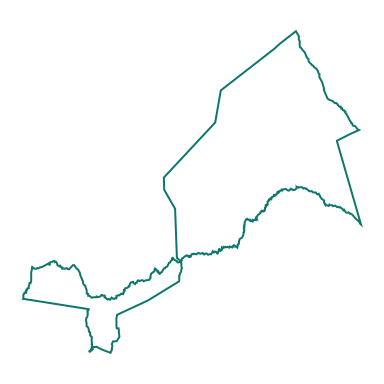 Isiolo North, Eastern, Kenya
{"feature_id": "3690345B29935700450408", "entity_name": "Isiolo North", "entity_type": "district", "adm_level": 2, "iso_a3": "KEN", "parent_name": "Kenya", "parent_adm1": "Eastern", "projection": "equal_earth", "projection_center": [38.187, 1.182], "detail": "fine", "context": "isolated", "style": "outline", "palette": "teal", "viewbox_px": 384, "rotation_deg": 0, "n_neighbors": 0, "source": "geoboundaries", "source_scale": "gbopen_adm2", "svg_char_len": 5986}
<svg xmlns="http://www.w3.org/2000/svg" viewBox="0 0 384 384"><path d="M295.9,31.2L279.5,44.0L274.3,48.8L220.8,90.4L215.2,122.5L163.8,177.6L164.2,189.8L175.1,208.8L176.9,257.9L181.3,261.7L181.8,260.5L181.7,259.5L182.1,258.3L183.2,258.2L184.5,256.5L186.0,256.0L186.4,255.4L188.1,255.8L188.3,256.4L189.1,256.1L189.0,256.9L189.4,257.2L190.6,256.8L191.7,254.3L192.8,253.9L193.6,254.2L194.1,253.7L196.3,254.4L198.3,252.9L200.2,253.8L202.7,253.0L203.4,254.2L204.4,254.5L205.4,253.4L207.0,253.7L208.1,254.7L210.3,254.1L211.1,254.3L212.9,251.2L214.0,252.5L215.1,251.5L215.9,251.8L217.3,253.6L217.9,253.2L219.0,249.2L219.7,249.1L220.4,250.9L221.8,250.0L222.1,248.9L222.0,247.4L223.0,248.0L223.9,246.8L224.7,247.5L225.8,246.9L226.8,247.3L227.7,246.8L229.2,247.6L229.8,246.5L232.4,247.5L232.8,247.0L232.5,246.4L233.9,245.2L235.0,245.8L235.3,246.7L235.9,246.4L237.3,247.6L237.8,245.6L237.7,244.5L238.6,244.1L239.0,243.1L239.0,241.3L239.8,238.9L241.9,237.8L243.5,234.6L243.5,232.4L244.1,232.0L243.9,231.0L244.4,230.3L243.8,228.8L244.4,228.0L243.8,226.9L244.5,226.0L244.1,225.2L244.7,224.4L244.6,222.5L246.0,219.5L246.7,219.6L247.2,218.9L248.2,219.7L249.5,219.6L249.6,220.3L250.2,220.0L250.7,221.1L251.6,220.7L252.1,221.2L252.6,220.3L253.0,221.0L253.5,220.1L255.0,220.2L255.4,219.2L255.9,219.6L256.0,218.4L256.7,218.9L256.2,217.4L256.8,217.1L256.8,216.4L257.7,215.7L258.0,214.9L260.3,213.3L260.3,212.3L261.2,211.7L261.4,211.1L261.8,211.5L262.2,210.9L263.1,210.6L263.6,211.4L264.4,211.1L265.0,209.8L265.0,207.6L265.6,207.3L266.0,206.6L265.6,205.2L266.5,204.6L267.1,205.3L267.4,205.1L267.7,204.5L267.6,201.8L267.9,201.7L268.4,200.6L269.2,200.5L269.0,199.7L269.3,199.1L270.2,199.1L270.4,198.4L271.1,197.9L271.5,198.6L272.1,196.9L273.8,196.3L273.9,195.5L274.5,195.8L274.6,194.9L275.7,195.0L276.3,194.1L276.7,194.2L277.3,192.6L277.8,192.6L277.7,191.9L278.6,191.5L278.8,192.4L280.2,190.7L281.4,190.5L281.6,189.7L282.3,190.2L282.5,188.8L282.8,189.6L285.7,188.9L288.0,190.5L289.0,190.6L289.8,190.0L291.2,188.0L291.1,188.5L292.0,189.5L292.5,189.5L293.2,190.2L295.4,189.6L296.6,188.1L296.6,187.5L296.8,187.8L297.9,186.9L298.8,187.6L300.8,187.1L302.2,187.4L303.5,188.6L304.5,188.1L306.1,188.5L306.3,189.1L307.1,189.3L309.5,191.3L311.8,191.2L313.2,192.4L315.9,192.5L316.7,194.0L318.0,194.2L318.7,193.9L318.7,194.7L319.6,195.1L320.2,196.8L321.8,199.0L323.8,200.2L324.2,201.0L323.8,202.1L325.3,204.9L325.6,204.5L326.2,205.5L327.7,205.4L328.5,205.8L329.2,204.9L329.4,205.4L329.9,205.1L332.3,205.3L333.1,206.2L335.2,205.6L337.1,207.1L337.9,206.9L339.6,207.5L340.1,207.2L342.8,209.3L343.4,210.4L344.1,209.8L346.0,212.5L347.3,212.8L348.6,212.5L349.3,212.9L349.7,213.7L350.5,213.6L352.0,214.4L356.0,219.0L359.0,221.4L360.0,223.6L361.0,224.5L336.9,141.1L337.0,140.7L349.2,134.5L359.0,130.0L357.9,129.5L354.8,125.9L353.4,125.9L352.6,125.1L352.2,123.4L351.2,123.2L350.9,121.8L349.9,120.8L346.5,114.1L345.8,113.7L345.4,111.6L344.7,111.8L344.0,110.3L342.7,110.0L342.0,108.2L341.2,108.5L340.8,106.7L339.7,106.8L337.8,105.2L337.7,104.5L336.2,103.0L334.9,103.2L332.9,101.2L328.7,99.5L327.4,98.3L323.9,90.0L324.0,88.9L323.2,85.6L321.8,81.5L319.3,77.0L319.5,74.3L318.8,73.8L317.7,70.7L316.2,68.5L314.3,67.4L313.1,65.6L312.1,65.3L311.4,64.1L310.4,63.5L308.7,61.4L308.4,59.0L306.9,57.7L304.8,52.4L302.6,50.1L301.3,48.0L300.0,47.3L299.5,43.8L299.9,41.7L298.8,39.5L298.9,36.3L295.9,31.2ZM113.0,341.4L116.5,341.3L119.4,337.0L118.6,328.4L116.8,328.4L116.5,326.9L116.4,318.5L117.1,314.8L148.2,300.3L179.0,281.4L179.3,280.3L179.2,275.7L179.5,275.6L179.9,273.6L181.1,271.7L181.3,269.8L181.9,268.3L181.3,265.6L181.5,263.9L181.0,262.9L181.3,261.7L177.8,262.5L176.9,261.7L176.7,260.9L174.9,260.2L173.7,259.0L172.9,259.3L172.9,258.0L172.6,257.8L171.9,258.5L172.0,260.0L170.8,260.9L170.1,262.5L169.0,262.7L167.3,266.5L165.6,267.2L165.0,268.3L163.8,268.5L161.7,272.3L160.3,272.8L159.8,273.9L159.4,273.8L159.0,272.5L158.1,272.4L158.1,271.2L157.4,271.4L156.6,269.7L155.0,268.5L154.5,269.9L154.7,270.5L154.4,271.2L151.1,273.7L150.4,276.4L150.6,277.9L149.1,279.9L145.1,280.5L143.8,281.3L142.6,280.3L141.7,280.2L139.4,281.1L138.2,280.3L137.6,280.7L136.5,282.9L135.8,282.9L135.1,284.1L133.6,283.1L133.1,281.8L130.8,282.5L129.9,283.8L129.4,286.3L128.7,286.8L128.5,286.5L127.5,287.8L125.3,288.2L124.5,289.8L123.9,289.9L123.8,291.2L124.3,291.2L123.6,292.3L123.5,293.6L123.1,294.2L122.3,293.7L121.8,294.0L121.1,293.7L119.5,295.3L118.3,295.2L117.4,295.8L116.5,295.8L116.5,297.9L116.2,298.4L115.3,298.2L114.4,298.8L113.3,298.8L111.6,297.6L110.0,299.7L108.8,298.9L107.8,299.5L106.8,299.0L106.1,298.1L104.6,297.4L104.9,296.3L104.7,295.6L102.9,295.7L102.0,294.9L101.4,295.0L100.8,296.1L98.8,297.1L98.1,296.8L97.5,297.2L96.5,296.5L95.9,297.3L93.8,297.2L91.8,297.7L89.3,295.8L88.2,295.8L88.1,293.9L86.8,293.6L86.6,289.8L85.4,286.9L85.3,285.6L83.9,284.8L83.1,283.3L83.1,281.9L80.4,275.5L79.8,272.6L78.6,270.8L78.3,269.7L76.4,268.4L74.2,265.1L72.7,265.3L69.2,269.3L67.6,269.0L66.8,268.1L64.2,268.8L63.5,268.3L62.2,268.7L61.8,267.2L60.4,266.9L60.3,265.7L58.2,265.9L57.3,264.7L56.8,262.8L55.9,261.8L55.0,262.2L54.6,261.2L54.1,261.0L49.9,262.6L49.7,264.7L48.6,264.4L48.3,263.6L41.8,267.1L40.1,267.3L38.2,268.4L37.3,268.0L36.4,268.8L34.0,268.6L32.2,267.0L31.8,268.3L31.8,270.2L31.2,271.9L31.2,280.6L30.6,283.0L29.5,283.0L29.3,285.0L28.8,285.9L28.7,288.2L27.4,288.4L26.9,289.9L26.5,289.8L26.2,292.1L25.6,291.5L25.0,292.9L24.5,292.9L24.0,294.1L23.5,294.3L23.3,295.3L23.5,297.7L23.0,298.8L88.7,309.2L88.5,310.1L87.5,311.0L87.4,312.1L87.9,313.4L87.6,314.1L87.6,315.3L87.2,316.9L86.2,318.3L86.1,321.3L86.5,322.6L86.7,326.4L88.0,327.2L88.8,329.4L88.9,331.6L90.1,332.4L90.1,335.1L90.5,335.3L90.7,336.2L91.7,336.7L91.7,341.7L92.0,343.2L91.7,344.1L92.0,344.2L92.2,346.0L91.7,346.8L92.0,347.7L91.2,348.7L91.0,349.4L91.2,349.8L90.9,350.5L90.1,350.6L89.3,351.3L89.4,351.5L90.1,351.7L92.7,349.3L92.9,347.1L96.7,346.8L101.3,349.3L110.5,352.8L112.0,349.6L111.7,348.8L112.2,347.2L112.3,345.3L111.8,344.4L112.4,342.7L113.0,341.4Z" fill="none" stroke="#0f766e" stroke-width="2"/></svg>